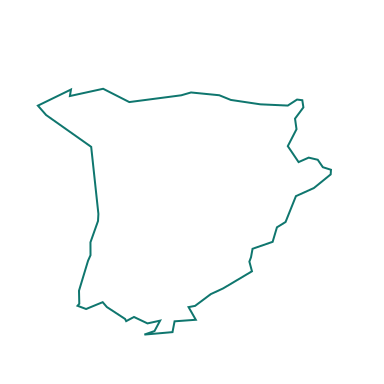 outline of Davidson, Tennessee, United States of America, rotated 75°
{"feature_id": "52423323B37401868728279", "entity_name": "Davidson", "entity_type": "district", "adm_level": 2, "iso_a3": "USA", "parent_name": "United States of America", "parent_adm1": "Tennessee", "projection": "equal_earth", "projection_center": [-86.739, 36.187], "detail": "fine", "context": "isolated", "style": "outline", "palette": "teal", "viewbox_px": 384, "rotation_deg": 75, "n_neighbors": 0, "source": "geoboundaries", "source_scale": "gbopen_adm2", "svg_char_len": 862}
<svg xmlns="http://www.w3.org/2000/svg" viewBox="0 0 384 384"><g transform="rotate(75 192 192)"><path d="M272.3,332.0L277.6,324.6L275.3,306.8L281.1,304.0L297.3,289.5L299.7,289.0L297.7,280.4L307.4,269.0L308.0,256.1L316.6,264.2L317.4,274.9L322.3,247.1L312.4,242.3L316.4,221.4L302.3,225.1L302.8,218.5L295.5,200.3L293.2,187.0L284.1,154.6L274.1,154.6L270.3,151.9L262.5,148.2L261.0,127.0L248.1,119.1L245.2,109.4L222.9,92.7L219.7,73.2L210.9,53.5L206.5,52.0L201.9,59.2L193.4,62.2L189.0,70.4L190.7,81.3L172.5,87.6L158.4,74.8L147.8,73.5L139.1,62.5L131.9,61.7L129.9,66.6L133.3,77.1L125.0,103.3L113.1,130.7L105.6,140.6L95.6,167.2L95.8,177.4L88.9,229.3L69.3,251.1L67.7,285.1L61.7,282.4L68.7,318.5L79.9,313.0L122.3,277.7L189.0,288.1L195.7,290.3L214.3,303.1L226.8,306.4L231.5,310.2L258.1,326.7L270.8,329.8L272.3,332.0Z" fill="none" stroke="#0f766e" stroke-width="2"/></g></svg>